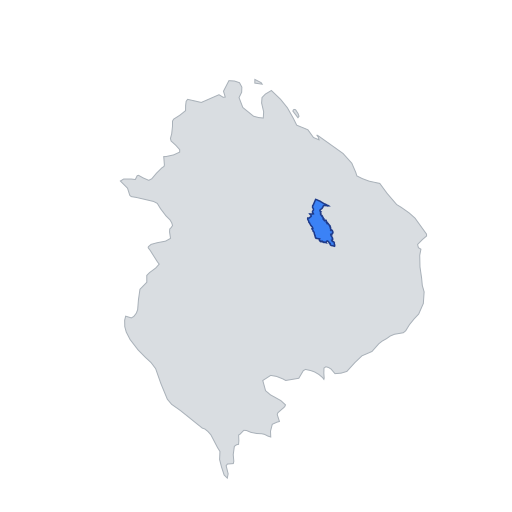 Bakan, Pouthisat, Cambodia (highlighted), rotated 146°
{"feature_id": "14789045B65386681247425", "entity_name": "Bakan", "entity_type": "district", "adm_level": 2, "iso_a3": "KHM", "parent_name": "Cambodia", "parent_adm1": "Pouthisat", "projection": "equal_earth", "projection_center": [103.706, 12.696], "detail": "fine", "context": "in_parent", "style": "filled", "palette": "blue", "viewbox_px": 512, "rotation_deg": 146, "n_neighbors": 0, "source": "geoboundaries", "source_scale": "gbopen_adm2", "svg_char_len": 7474}
<svg xmlns="http://www.w3.org/2000/svg" viewBox="0 0 512 512"><g transform="rotate(146 256 256)"><path d="M404.0,87.9L404.9,92.2L402.6,100.3L400.0,107.6L395.2,114.1L395.0,118.8L393.4,133.0L394.0,137.5L395.2,141.3L396.8,143.4L401.1,157.3L405.0,169.9L408.9,180.2L409.6,186.8L406.2,203.4L402.2,218.7L402.6,226.3L404.4,233.9L406.3,244.1L407.1,257.1L406.1,265.5L404.3,270.8L400.8,276.2L397.7,279.0L394.0,274.4L391.1,274.2L387.2,275.5L384.1,277.7L377.8,285.6L370.8,293.3L361.2,295.3L357.4,301.0L353.4,301.8L345.8,302.1L340.8,303.4L341.0,306.3L340.6,319.9L340.8,323.1L340.0,323.9L336.5,324.3L330.6,322.3L322.7,318.9L317.0,318.4L314.2,324.3L312.4,326.6L310.3,327.0L308.1,328.0L307.3,330.7L307.1,334.0L308.2,339.6L308.7,348.6L308.4,354.8L310.5,358.6L322.7,371.7L326.2,375.0L326.7,376.9L324.6,384.0L326.5,394.0L322.7,393.8L316.3,389.5L313.3,386.9L309.6,389.0L308.3,388.6L305.8,383.7L302.6,378.7L299.2,378.3L292.2,380.3L284.9,381.7L282.2,381.7L281.1,382.6L276.9,390.0L275.1,388.8L267.8,385.9L261.2,384.8L259.8,386.8L260.6,392.8L262.1,398.8L261.2,401.3L257.6,404.4L252.8,410.1L249.8,414.5L247.8,415.5L240.4,415.3L233.1,415.9L230.2,420.1L227.4,423.3L225.1,424.1L215.5,413.9L196.5,410.4L194.4,405.8L192.6,405.0L190.8,410.8L180.4,416.5L176.0,413.1L172.8,408.9L173.3,403.9L176.3,399.8L181.5,396.8L183.9,386.5L179.9,373.3L176.5,369.4L172.8,366.3L169.0,371.3L165.8,379.7L162.4,384.0L157.6,385.0L150.7,384.6L148.0,372.1L147.1,361.3L148.1,349.0L149.1,341.7L142.4,331.6L142.1,322.1L138.8,317.1L137.9,319.6L138.0,322.4L137.0,320.4L126.5,292.3L124.7,279.3L126.6,269.3L127.6,266.0L124.6,260.7L120.3,254.7L112.8,246.9L112.3,234.5L110.6,219.9L108.3,214.9L104.9,205.9L103.0,198.5L102.4,178.8L103.4,177.2L108.7,176.6L115.6,175.2L116.7,172.1L115.5,169.4L119.9,165.0L126.2,155.2L131.1,145.0L134.6,138.6L136.7,132.2L143.8,123.1L153.6,116.9L160.2,115.4L167.1,113.3L173.7,110.3L176.8,110.0L185.0,113.7L189.5,114.6L194.1,114.5L199.0,114.9L203.2,114.6L213.2,112.0L223.9,114.0L233.4,112.4L245.2,109.5L251.0,111.3L256.3,114.3L257.0,120.3L258.2,123.0L260.0,125.1L262.3,125.1L265.3,120.9L267.8,116.6L268.7,115.8L268.8,118.0L270.1,122.6L272.3,127.2L274.6,130.3L278.4,134.3L280.9,134.5L288.9,130.7L301.0,136.2L302.4,139.0L306.3,144.7L310.6,148.8L320.0,149.0L323.4,139.0L321.7,132.9L316.3,122.3L314.8,116.1L316.5,115.0L325.6,113.8L327.1,112.6L329.1,105.7L331.5,106.5L336.6,107.4L341.9,102.7L345.0,97.7L346.8,100.0L348.7,103.4L350.7,105.5L354.6,108.4L358.8,112.6L361.5,116.7L363.6,118.3L369.0,117.2L370.5,117.3L373.6,112.3L375.8,109.6L377.6,110.4L380.4,110.3L386.0,104.0L389.2,98.2L390.9,96.6L396.0,99.5L398.0,98.9L400.9,91.0L404.0,87.9ZM144.4,355.5L143.4,356.2L142.4,356.2L141.4,355.1L141.5,350.5L142.2,347.8L143.9,347.2L144.4,355.5ZM160.3,400.0L158.2,403.0L154.8,396.8L154.8,395.0L160.3,400.0Z" fill="#d9dde1" stroke="#a8b0b8" stroke-width="1"/><path d="M179.1,252.0L178.8,252.2L178.9,252.4L178.7,252.6L178.7,252.8L178.9,253.1L179.0,253.1L179.0,253.3L179.1,253.6L179.2,253.8L179.3,254.1L179.2,254.3L178.9,254.4L178.8,254.6L178.7,254.8L178.8,254.9L178.8,255.0L178.7,255.2L178.3,255.3L178.2,255.3L178.1,255.6L178.2,255.8L178.1,256.1L178.0,256.3L177.9,256.6L177.9,256.8L177.8,257.1L177.6,257.0L177.7,257.3L177.7,257.5L177.6,257.8L177.4,258.2L177.2,258.3L176.9,258.4L176.1,258.4L175.7,258.5L174.6,258.5L173.6,259.1L173.2,259.1L172.4,259.8L171.8,259.8L171.7,259.9L171.3,259.7L170.7,259.3L170.4,259.1L170.2,259.0L169.9,258.7L169.7,258.6L169.5,258.4L169.0,258.0L168.7,257.5L168.6,257.4L168.0,257.2L167.7,257.0L167.8,257.3L168.4,258.0L168.7,258.4L168.7,258.6L168.9,259.0L169.3,259.9L169.5,260.2L170.1,260.9L170.2,261.1L172.1,265.2L172.2,265.6L172.5,266.0L173.5,267.5L173.7,267.9L174.2,268.7L174.4,268.9L174.9,269.6L180.0,266.3L180.4,266.2L180.5,266.1L180.8,266.1L180.9,265.9L181.5,265.3L182.0,264.5L182.0,264.3L182.0,263.0L182.6,262.1L182.9,261.8L183.9,261.6L184.5,261.1L184.7,260.6L184.8,260.1L184.6,259.3L184.7,259.1L184.8,258.8L185.0,258.9L185.3,259.0L187.0,260.1L187.9,260.8L187.9,260.4L187.7,259.4L187.7,258.7L187.8,258.4L187.9,258.1L188.1,258.0L188.3,257.9L188.9,258.0L189.5,257.9L190.0,257.9L190.3,257.7L190.7,257.8L191.1,258.1L191.9,258.2L192.0,258.4L192.4,257.9L192.4,257.7L192.6,257.4L192.7,256.7L192.8,255.4L193.1,254.9L193.3,254.5L193.3,254.1L193.2,254.0L193.1,253.7L193.1,253.3L193.3,253.0L193.3,252.1L193.3,251.7L193.4,251.3L193.5,250.8L193.4,250.6L193.3,250.4L193.2,250.2L193.3,250.0L193.4,249.6L193.1,249.0L193.3,247.6L193.4,247.1L193.6,247.1L194.2,247.3L194.2,247.2L194.4,247.0L194.4,246.8L194.5,246.6L194.4,246.3L194.4,246.2L194.4,245.8L194.5,245.1L194.6,244.8L194.6,244.4L194.8,244.3L194.7,244.1L194.6,243.5L194.6,242.9L194.7,242.7L195.1,242.1L195.3,241.6L195.5,240.7L195.5,240.4L195.7,240.2L195.6,239.8L195.7,239.6L195.9,239.4L196.3,238.8L196.2,238.5L196.2,238.1L196.3,237.9L196.2,237.8L196.3,237.4L196.4,237.1L194.1,235.0L194.3,235.0L194.2,234.7L194.1,234.3L194.3,234.0L194.5,233.9L194.6,233.7L194.7,233.4L194.7,233.1L194.3,232.9L194.5,232.1L194.5,231.9L194.4,231.7L194.2,231.6L193.9,231.5L193.8,231.4L193.7,231.6L193.3,231.6L193.2,231.6L192.9,231.5L192.9,231.2L193.0,230.9L192.9,230.5L192.8,230.2L192.7,230.1L192.5,230.5L192.3,230.2L192.3,229.5L192.1,229.1L191.9,229.0L191.5,229.0L191.3,228.9L191.2,229.0L191.0,228.8L190.6,228.1L190.6,227.9L190.4,227.7L190.4,227.9L190.3,228.0L190.2,228.2L189.9,228.4L189.6,228.5L189.2,228.8L189.1,229.0L189.1,228.7L188.9,228.7L188.7,228.8L188.5,228.7L188.3,228.2L188.2,228.2L188.0,227.6L187.9,227.5L187.9,226.2L188.0,226.0L188.0,225.6L187.7,225.5L187.5,225.1L187.5,224.7L188.0,224.4L188.0,224.2L188.1,223.8L188.0,223.6L188.0,223.2L187.6,222.4L187.0,222.0L186.2,221.0L186.0,220.9L185.8,220.6L185.6,220.2L185.3,220.2L185.0,220.4L184.9,221.1L184.5,221.4L184.5,221.5L184.4,222.2L184.2,222.4L184.1,222.7L183.7,223.1L183.7,223.8L183.6,224.0L183.7,224.4L183.9,224.9L184.1,225.0L184.4,225.1L184.4,225.4L184.5,225.6L184.4,225.7L184.4,225.8L184.5,225.8L184.5,226.0L184.5,226.3L184.4,226.4L184.4,226.7L184.0,226.5L183.9,226.7L183.3,226.8L183.2,227.2L183.0,227.3L182.9,227.3L182.8,227.6L182.7,227.7L182.7,227.8L182.8,227.9L182.6,228.1L182.7,228.3L182.6,228.5L182.8,228.6L182.7,228.6L182.5,228.8L182.4,229.1L182.4,229.3L182.5,229.5L182.4,229.9L182.4,230.1L182.5,230.4L182.5,230.5L182.4,230.8L182.4,231.1L182.2,231.3L182.1,231.5L182.0,231.8L181.8,231.6L181.7,231.7L181.6,231.9L181.4,231.7L181.4,231.8L181.2,231.7L181.0,231.8L180.8,231.7L180.5,231.8L180.4,231.9L180.2,231.9L180.1,232.0L179.9,232.3L179.6,232.4L179.3,232.3L179.3,232.5L179.1,232.6L179.0,232.8L178.7,233.2L178.7,233.6L178.6,233.9L178.6,234.0L178.5,234.3L178.6,234.6L178.6,234.9L179.4,235.1L179.3,235.3L179.5,235.5L179.3,235.6L179.1,236.1L179.1,236.3L178.9,236.3L178.9,236.5L178.9,237.0L178.7,237.4L178.8,237.6L178.6,238.0L178.5,237.8L178.4,237.9L178.3,238.3L178.1,238.3L178.1,238.7L178.2,238.8L178.1,239.1L177.9,239.3L178.1,239.5L177.9,239.7L178.0,239.8L178.1,240.0L178.1,240.3L178.1,240.5L177.9,240.7L178.0,240.9L178.0,241.1L178.0,241.3L178.0,241.6L178.1,241.8L178.2,242.1L178.1,242.6L178.3,242.7L178.1,242.8L178.3,243.1L178.4,243.3L178.5,243.3L178.7,243.6L178.5,243.8L178.8,243.8L178.7,243.8L178.8,243.8L178.8,244.2L178.9,244.4L178.9,244.6L177.9,246.3L179.0,247.4L179.1,247.2L179.3,247.1L179.3,247.3L179.4,247.2L179.5,247.3L179.4,247.5L179.5,248.0L179.4,248.1L179.5,248.6L179.7,249.1L179.6,249.3L179.4,249.3L179.5,249.4L179.4,249.5L179.1,249.6L179.0,249.8L178.9,250.1L178.9,250.5L178.9,250.8L178.8,251.0L178.9,251.4L179.0,251.5L179.2,251.8L179.1,252.0Z" fill="#3b82f6" stroke="#1e3a8a" stroke-width="1.5"/></g></svg>